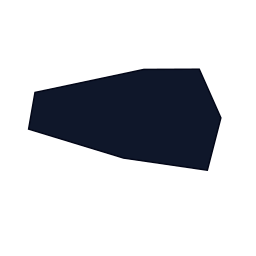 SVG path tracing the border of Salt Cay, rotated 64°
{"feature_id": "TCA-5008", "entity_name": "Salt Cay", "entity_type": "state/province", "adm_level": 1, "iso_a3": "TCA", "parent_name": "Turks and Caicos Islands", "parent_adm1": "", "projection": "orthographic", "projection_center": [-71.208, 21.326], "detail": "fine", "context": "isolated", "style": "filled", "palette": "ink", "viewbox_px": 256, "rotation_deg": 64, "n_neighbors": 0, "source": "natural_earth", "source_scale": "10m", "svg_char_len": 258}
<svg xmlns="http://www.w3.org/2000/svg" viewBox="0 0 256 256"><g transform="rotate(64 128 128)"><path d="M106.4,38.2L159.6,40.1L200.7,75.2L153.1,145.1L85.4,217.8L55.3,196.0L82.3,88.1L106.4,38.2Z" fill="#0f172a" stroke="#020617" stroke-width="1.5"/></g></svg>